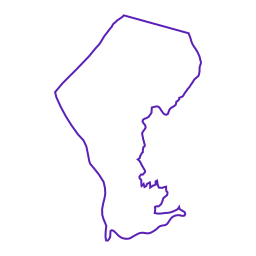 Belém, Brazil (Albers equal-area conic projection)
{"feature_id": "56859067B26519845494345", "entity_name": "Belém", "entity_type": "district", "adm_level": 2, "iso_a3": "BRA", "parent_name": "Brazil", "parent_adm1": "", "projection": "albers", "projection_center": [-48.415, -1.273], "detail": "fine", "context": "isolated", "style": "outline", "palette": "violet", "viewbox_px": 256, "rotation_deg": 0, "n_neighbors": 0, "source": "geoboundaries", "source_scale": "gbopen_adm2", "svg_char_len": 3235}
<svg xmlns="http://www.w3.org/2000/svg" viewBox="0 0 256 256"><path d="M185.3,213.7L184.6,212.1L179.6,209.1L179.1,207.0L178.1,208.7L176.8,209.7L173.9,211.1L171.3,212.1L168.4,212.8L164.7,213.0L161.3,213.5L159.5,213.6L157.6,213.6L156.3,213.3L154.7,213.0L155.1,210.8L155.2,209.0L154.9,207.1L156.3,206.3L158.4,206.4L159.8,205.4L161.1,204.2L162.0,202.2L162.8,200.1L163.0,198.8L164.2,197.3L165.5,196.4L167.1,195.1L167.5,193.4L167.4,192.1L166.4,191.3L166.1,189.2L166.1,186.7L164.0,187.2L162.0,187.9L158.8,187.6L158.2,186.0L157.5,183.8L157.3,181.9L157.0,180.6L155.6,181.4L155.6,183.3L155.7,184.6L154.0,185.4L152.7,185.7L151.5,186.7L150.2,187.6L150.2,185.9L150.1,184.0L149.8,182.4L148.2,183.3L146.9,184.1L146.2,186.1L144.5,187.0L143.6,184.0L142.7,185.1L141.6,186.0L141.4,184.2L141.3,182.2L141.2,179.8L139.6,178.4L139.4,176.9L140.0,175.8L141.2,174.5L142.8,174.6L144.3,172.9L145.1,171.9L144.8,170.3L143.4,168.0L142.5,166.4L141.7,165.0L141.1,163.8L140.5,162.5L139.4,160.8L137.8,159.4L138.9,158.7L139.9,157.8L140.1,156.0L140.9,154.9L141.7,153.2L142.9,152.1L142.8,150.5L143.1,148.6L143.3,147.3L144.7,146.2L144.7,144.5L144.1,142.7L143.8,141.0L143.2,139.5L143.0,137.9L142.5,135.7L142.1,133.3L142.7,132.1L143.6,130.7L144.7,129.3L145.6,127.6L145.3,125.4L143.6,123.3L142.5,121.5L143.1,119.7L144.6,118.7L146.0,118.3L148.5,117.0L150.1,114.8L151.5,112.7L151.8,107.5L155.4,106.6L157.2,106.4L158.7,106.9L160.1,108.5L160.9,109.9L163.1,113.0L164.3,114.2L166.1,114.8L167.9,113.9L168.8,111.3L169.3,109.9L170.1,108.8L171.1,107.9L172.3,107.1L173.6,106.5L175.6,104.9L176.1,103.4L176.3,101.8L177.8,100.8L179.2,99.3L179.2,97.9L180.5,97.3L181.9,96.9L183.1,95.9L184.0,94.4L184.7,93.1L186.9,90.2L187.7,89.0L189.4,87.1L190.9,84.7L192.0,83.2L193.1,81.5L193.8,80.3L194.7,79.1L195.9,78.1L198.2,76.2L198.8,75.1L199.2,73.4L199.6,70.7L199.5,69.1L199.6,67.7L199.9,66.2L200.4,64.8L200.9,63.4L200.9,62.0L200.1,59.1L199.8,57.6L199.4,56.2L198.4,54.0L197.3,51.6L196.3,50.2L195.4,48.6L194.5,47.4L192.7,44.5L192.1,43.3L191.5,41.8L191.0,40.1L190.6,38.6L189.6,35.8L189.0,34.5L188.7,33.3L171.4,28.5L123.9,15.4L121.8,17.3L116.8,20.7L115.9,21.8L113.4,23.8L112.5,25.2L111.7,26.9L110.2,28.5L109.0,30.1L104.3,36.2L99.5,44.0L95.3,48.6L89.1,56.2L77.2,68.6L71.9,73.9L67.1,78.7L62.6,83.2L55.1,92.1L56.3,97.1L60.6,106.6L65.7,116.1L68.2,120.1L71.2,124.9L78.1,134.6L80.1,136.7L83.4,140.2L86.3,146.2L88.1,154.9L89.2,161.0L90.2,163.8L94.4,168.8L98.9,174.5L100.1,176.4L103.6,181.9L105.0,188.2L105.3,193.5L104.5,198.3L103.1,203.8L102.1,209.4L102.3,214.9L103.5,219.1L104.4,221.2L105.3,223.3L106.3,226.0L105.7,231.0L105.6,233.3L105.5,237.0L106.1,240.4L107.6,240.6L108.9,239.4L110.2,236.9L110.3,234.7L110.5,231.0L111.9,230.2L113.8,231.0L117.4,234.5L118.4,235.6L119.9,236.7L121.3,237.6L122.7,238.2L124.5,238.6L126.1,238.8L127.8,238.7L129.3,238.5L130.9,237.8L133.2,236.4L134.6,235.6L135.9,234.9L137.4,234.1L139.1,233.3L140.9,232.9L142.5,232.7L145.4,233.1L146.7,233.3L148.3,233.3L150.0,233.0L151.4,232.4L153.3,231.3L154.8,230.4L156.7,229.0L158.8,226.9L160.0,226.2L161.5,225.7L163.3,225.4L165.3,225.1L167.1,224.0L168.2,222.5L170.3,219.3L171.3,218.1L172.3,217.1L173.5,216.4L174.7,215.8L176.1,215.4L177.8,215.2L179.3,215.2L182.5,215.9L184.6,215.5L185.3,213.7Z" fill="none" stroke="#5b21b6" stroke-width="2"/></svg>